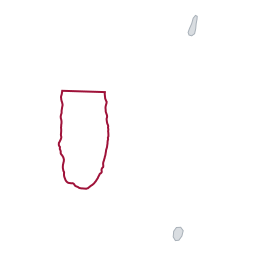 South Ari, Maldives shown in context
{"feature_id": "70690204B29165248779959", "entity_name": "South Ari", "entity_type": "district", "adm_level": 2, "iso_a3": "MDV", "parent_name": "Maldives", "parent_adm1": "", "projection": "equal_earth", "projection_center": [72.841, 3.685], "detail": "fine", "context": "in_parent", "style": "outline", "palette": "rose", "viewbox_px": 256, "rotation_deg": 0, "n_neighbors": 0, "source": "geoboundaries", "source_scale": "gbopen_adm2", "svg_char_len": 3302}
<svg xmlns="http://www.w3.org/2000/svg" viewBox="0 0 256 256"><path d="M194.6,33.7L191.7,35.8L189.0,35.0L188.1,32.4L189.5,28.5L191.7,23.6L193.2,18.2L195.5,15.4L197.2,16.3L197.0,19.3L196.2,23.5L195.7,28.8L194.6,33.7ZM178.9,240.2L175.4,240.6L173.2,236.9L173.7,231.3L176.4,227.5L180.7,227.3L183.2,230.7L181.9,236.0L178.9,240.2Z" fill="#d9dde1" stroke="#a8b0b8" stroke-width="1"/><path d="M62.2,90.8L62.1,91.5L62.1,92.1L61.9,92.8L61.9,93.4L61.7,94.3L61.5,95.1L61.3,95.6L61.1,96.4L61.0,97.2L61.1,97.9L61.2,98.5L61.2,99.3L61.5,100.4L61.6,101.0L61.8,101.6L62.0,102.0L62.2,102.9L62.3,103.5L62.5,104.0L62.5,104.5L62.6,105.0L62.5,105.5L62.4,106.0L62.3,106.6L62.1,107.4L62.0,108.3L61.8,109.4L61.7,110.1L61.6,110.9L61.6,112.1L61.6,113.0L61.3,113.9L61.0,114.9L60.8,115.9L60.7,116.7L60.8,117.8L60.9,118.6L61.2,119.4L61.3,120.0L61.5,121.2L61.5,122.1L61.5,123.2L61.2,125.0L61.2,126.3L61.0,127.5L61.1,128.3L61.2,129.8L61.2,131.0L61.1,132.5L61.0,133.7L60.9,134.5L61.0,135.6L61.1,136.2L61.3,136.8L61.3,137.3L61.2,138.0L61.0,138.6L60.8,139.3L60.2,140.5L59.6,141.8L58.9,142.9L58.8,144.9L59.2,146.0L59.9,146.9L59.9,147.8L59.8,149.0L60.4,150.3L60.7,151.3L60.7,152.1L60.7,153.2L61.0,154.0L61.5,154.7L62.2,155.4L62.8,156.5L63.3,157.3L63.6,158.4L63.9,159.4L63.9,159.9L63.8,161.3L63.6,162.1L63.4,162.8L63.3,163.5L63.0,164.6L62.9,165.7L62.8,167.1L62.9,168.4L63.1,169.3L63.4,170.9L64.0,172.0L64.1,172.7L64.0,173.7L64.0,174.3L64.0,175.1L64.2,176.4L64.6,177.7L65.0,178.6L65.3,179.5L65.6,180.2L66.1,181.0L66.7,181.7L67.4,182.3L68.2,182.8L69.1,183.0L70.1,183.1L71.3,183.3L72.5,183.2L73.3,183.5L73.8,183.9L74.3,184.5L74.7,185.2L75.3,185.9L76.1,186.3L77.1,186.7L77.9,187.0L79.0,187.8L79.9,188.1L81.0,188.3L81.6,188.4L82.4,188.4L83.5,188.5L84.5,188.6L85.4,188.6L86.0,188.8L86.6,188.6L87.4,188.3L88.0,188.2L88.6,187.6L89.4,187.0L89.9,186.6L90.2,186.3L90.9,185.8L91.6,185.3L92.2,185.0L93.0,184.3L93.6,183.8L94.3,183.1L94.7,182.5L95.0,182.1L95.6,181.5L96.3,180.4L96.6,179.9L96.9,179.4L97.4,178.7L97.8,178.1L98.1,177.3L98.3,176.8L98.7,176.1L99.2,175.2L99.6,174.2L100.1,173.6L100.6,173.4L101.2,172.9L101.7,172.1L101.7,171.1L101.5,170.1L101.6,169.2L102.1,168.2L102.4,167.7L103.1,167.2L103.3,166.0L103.2,164.9L103.1,163.9L103.2,162.8L103.4,161.9L103.7,161.1L104.0,160.2L104.2,159.2L104.5,158.4L104.7,157.7L104.8,156.9L105.2,155.7L105.4,154.9L105.6,153.6L105.7,152.8L105.9,151.9L106.0,151.0L106.1,150.1L106.2,149.7L106.6,148.5L106.8,147.8L107.0,147.1L107.1,146.3L107.2,145.5L107.3,144.6L107.5,143.8L107.5,142.7L107.6,141.5L107.7,140.6L107.9,140.1L108.1,139.2L108.0,138.6L107.9,137.8L108.0,137.2L108.2,136.9L108.4,136.3L108.4,135.5L108.4,134.6L108.4,134.0L108.3,133.2L108.3,132.6L108.2,131.9L108.1,131.2L108.2,130.6L108.3,129.9L108.3,129.2L108.1,128.1L108.0,127.3L108.2,126.4L108.1,125.6L107.9,124.9L107.5,124.1L107.3,123.6L107.1,122.8L107.0,122.2L106.8,121.0L106.7,120.1L106.6,119.3L106.6,118.7L106.8,118.1L107.0,117.4L107.1,116.5L107.0,115.4L106.7,114.5L106.4,113.7L106.1,112.8L105.8,111.9L105.7,111.2L105.7,110.2L105.6,109.0L105.5,108.2L105.5,107.3L105.6,106.6L105.8,105.7L106.0,104.9L106.3,103.9L106.5,103.2L106.6,102.4L106.6,101.6L106.3,101.2L106.0,100.6L105.8,100.0L105.5,99.3L105.2,98.6L105.1,97.6L105.0,96.7L104.9,95.8L104.8,94.7L104.7,93.8L104.8,93.0L104.9,92.3L104.9,92.1L62.2,90.8Z" fill="none" stroke="#9f1239" stroke-width="2"/></svg>